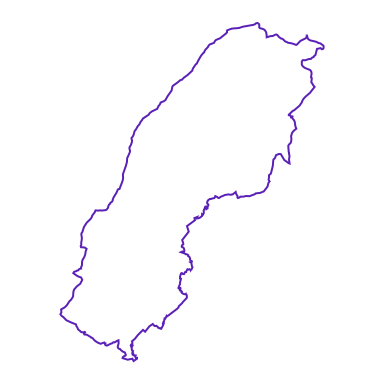 Vatava, Mures, Romania
{"feature_id": "2599482B44944488682244", "entity_name": "Vatava", "entity_type": "district", "adm_level": 2, "iso_a3": "ROU", "parent_name": "Romania", "parent_adm1": "Mures", "projection": "albers", "projection_center": [24.826, 47.007], "detail": "fine", "context": "isolated", "style": "outline", "palette": "violet", "viewbox_px": 384, "rotation_deg": 0, "n_neighbors": 0, "source": "geoboundaries", "source_scale": "gbopen_adm2", "svg_char_len": 5944}
<svg xmlns="http://www.w3.org/2000/svg" viewBox="0 0 384 384"><path d="M137.0,358.7L137.0,357.8L135.9,357.9L135.6,357.5L135.2,356.4L135.6,355.5L133.7,355.4L133.0,354.9L133.5,354.4L133.3,353.9L132.3,353.6L132.4,352.5L133.0,352.0L132.4,350.9L132.7,350.7L132.0,350.1L131.7,349.0L131.8,347.8L131.5,347.4L132.2,346.2L131.2,346.4L130.7,345.4L131.1,344.8L132.2,345.3L132.3,344.6L131.8,344.2L132.3,343.6L132.3,342.2L132.0,341.3L134.9,338.8L137.9,335.0L143.0,329.9L145.1,331.7L149.4,326.3L152.8,324.0L154.4,325.9L155.7,326.1L156.3,325.8L157.7,326.8L158.0,327.6L159.1,328.1L160.1,328.1L160.3,328.6L161.2,328.8L163.1,325.3L162.9,323.9L163.8,323.6L163.8,323.1L163.3,323.1L163.2,322.3L164.0,321.3L164.6,318.4L165.3,318.6L166.6,315.9L167.0,316.4L168.6,315.3L177.4,308.6L178.6,307.2L178.8,306.2L182.1,303.2L182.7,302.2L186.7,298.0L186.9,297.0L186.7,295.0L185.9,294.4L185.8,293.8L185.0,294.2L184.2,294.2L182.3,293.3L181.5,292.3L181.9,291.9L181.8,291.5L181.0,290.7L180.0,290.5L179.7,289.9L180.5,288.7L180.4,288.0L178.8,288.3L178.4,288.0L180.1,283.7L180.0,282.5L181.0,278.8L180.0,278.5L180.1,276.2L181.0,273.6L181.4,273.1L182.0,273.1L182.6,273.9L184.0,274.1L185.1,272.1L186.1,272.0L186.1,271.6L187.4,269.3L188.2,269.7L189.3,269.2L190.3,269.7L190.5,270.1L190.6,269.8L191.4,269.6L192.5,267.2L191.9,266.2L191.4,262.9L190.4,262.2L191.8,261.7L191.9,261.3L190.5,260.5L190.0,259.4L190.1,258.5L189.5,257.0L188.1,256.0L188.2,255.1L186.7,254.2L185.9,254.3L184.6,253.4L183.2,253.0L182.4,252.4L181.7,252.5L180.9,252.2L182.4,251.5L184.0,251.7L184.3,251.2L184.4,250.5L183.9,248.4L183.3,247.5L182.1,247.2L181.7,246.6L182.0,245.3L183.3,244.3L183.2,243.1L182.2,240.0L188.7,231.7L187.0,226.1L195.0,220.2L194.4,218.1L197.2,217.0L196.8,217.8L196.9,218.5L198.6,218.2L199.9,217.7L202.0,216.0L202.1,214.0L203.1,214.5L203.8,212.9L203.7,210.6L205.3,206.6L206.0,206.5L206.4,209.1L207.5,208.4L207.4,207.4L208.2,205.6L208.4,204.6L207.1,203.3L207.4,201.2L207.9,200.8L208.3,200.0L209.8,199.0L211.1,199.0L212.0,198.5L214.3,198.1L214.9,197.3L215.3,196.1L217.0,196.9L218.2,197.9L219.0,198.0L220.7,196.8L225.0,195.0L228.3,194.4L230.9,194.8L231.9,194.4L232.5,194.5L235.7,192.0L236.0,193.6L237.5,196.1L237.4,197.3L237.8,198.0L239.4,197.6L240.3,196.7L243.7,196.6L245.9,196.0L249.5,196.2L254.8,194.2L255.7,193.4L260.1,192.9L263.8,191.4L267.5,186.6L268.4,183.0L269.6,181.4L268.6,179.8L269.0,177.5L269.0,175.2L270.7,173.8L271.0,173.2L272.8,165.9L273.3,160.0L273.6,159.3L274.8,158.3L276.1,155.1L278.9,154.0L280.8,154.1L284.3,160.0L288.7,163.2L289.6,163.5L289.0,159.7L289.5,156.1L289.0,153.6L289.0,152.6L288.6,151.4L288.6,149.5L288.4,148.6L288.3,145.7L289.1,144.4L290.5,143.1L291.1,141.7L291.4,139.3L291.1,136.2L292.0,133.0L293.6,130.9L296.3,128.7L295.4,126.3L294.7,121.6L293.8,119.9L292.2,118.1L292.1,117.7L292.5,116.5L292.1,116.4L291.0,117.2L290.4,115.6L290.0,115.2L288.8,115.2L288.8,114.7L292.6,111.0L294.2,110.2L299.4,105.8L301.5,102.9L302.7,100.1L303.9,98.4L305.4,96.8L309.9,92.9L314.6,86.9L312.8,84.7L312.4,83.6L311.3,82.3L311.8,78.6L311.7,77.9L311.1,77.5L311.0,77.1L311.6,73.6L311.2,71.4L310.1,70.0L305.3,68.1L303.6,67.0L302.2,65.5L301.8,64.6L301.8,61.6L302.5,60.4L303.0,60.1L305.2,60.3L308.9,59.0L310.9,58.9L312.3,57.5L313.5,57.1L314.5,55.6L315.2,55.3L315.5,54.8L317.0,48.9L320.6,48.1L321.7,49.2L322.8,49.1L323.4,48.5L323.6,47.8L323.6,46.1L323.1,45.4L320.4,43.4L318.5,43.0L316.3,41.8L310.0,40.3L308.6,39.4L307.7,38.4L306.8,34.7L306.6,37.0L305.7,38.3L300.4,40.9L297.0,44.5L296.2,44.9L291.9,43.4L287.9,42.7L286.8,42.0L285.3,41.5L282.6,38.9L281.0,38.5L278.7,36.8L278.1,35.8L276.8,34.6L275.5,34.6L272.7,36.0L270.6,36.1L266.7,37.3L266.6,34.9L266.2,32.5L265.7,31.4L264.4,29.7L262.7,28.9L259.7,28.1L259.2,27.0L259.3,25.1L259.1,24.2L257.6,23.0L256.1,23.2L255.0,24.2L253.6,24.8L242.9,26.7L238.9,28.0L231.8,28.6L227.2,30.3L227.0,31.0L227.0,32.4L226.1,33.4L220.0,38.3L216.1,39.9L215.2,40.7L213.9,42.9L210.1,44.3L209.2,45.0L208.3,46.1L207.9,47.1L205.4,49.7L204.3,51.6L204.2,52.3L202.7,53.6L200.8,56.1L197.8,61.4L196.8,63.6L195.7,64.4L192.8,68.7L192.3,70.6L187.6,75.0L184.1,77.5L181.8,79.8L180.4,80.1L177.4,82.6L172.9,85.8L172.3,86.9L171.6,90.5L167.4,96.5L165.5,100.0L163.9,101.2L160.6,102.5L160.4,103.4L159.3,105.2L158.3,106.3L157.3,108.8L151.9,111.4L149.6,113.2L148.8,114.6L142.9,118.6L141.8,120.4L140.7,121.7L139.3,124.5L137.8,126.1L135.9,129.5L134.6,131.1L133.6,134.8L132.9,136.3L131.5,138.1L131.5,138.9L132.1,140.5L131.8,142.3L130.9,145.0L129.5,147.3L129.5,149.1L129.9,150.3L130.0,151.5L129.3,153.6L127.2,158.1L126.9,162.2L125.8,166.1L122.9,174.3L123.1,178.4L122.6,180.8L119.5,189.0L118.2,189.2L117.6,190.1L116.5,192.7L113.7,197.2L112.8,199.4L112.6,200.7L111.9,201.8L110.4,202.8L110.2,203.6L109.0,204.7L108.5,205.7L108.0,207.8L106.8,209.4L105.9,210.1L101.3,210.6L100.3,210.3L98.6,210.6L95.5,210.4L94.8,212.2L92.2,215.6L91.8,217.0L90.8,218.7L86.7,222.7L83.9,227.1L82.4,232.0L81.5,233.3L81.3,234.2L81.9,238.1L81.6,240.8L81.2,242.4L81.3,244.9L80.7,246.1L81.0,247.2L84.7,247.5L86.6,248.9L85.7,251.2L85.2,254.5L84.4,256.8L82.5,260.0L82.0,262.0L82.0,265.1L80.9,267.8L81.1,268.5L79.2,269.1L78.3,270.3L77.1,270.5L76.5,271.1L74.1,271.8L73.3,273.1L76.1,275.2L78.7,276.7L81.0,277.4L82.2,279.6L82.1,280.2L80.2,283.8L76.8,286.4L74.0,289.7L73.4,291.8L73.1,296.1L72.6,297.4L71.0,299.8L69.3,301.4L66.9,305.2L64.7,307.4L61.1,309.4L61.4,312.3L60.4,314.3L61.8,316.1L63.3,317.0L66.3,320.2L72.1,322.9L75.9,324.3L76.5,326.3L77.2,327.2L78.2,329.5L80.4,331.2L80.6,331.7L81.7,332.2L84.6,332.3L84.7,332.0L85.0,332.1L85.1,332.3L83.8,333.4L84.4,334.5L86.8,334.7L90.8,337.1L91.0,337.5L92.3,337.9L94.9,340.7L97.5,342.5L100.6,343.8L104.2,342.5L104.7,343.3L105.4,343.4L105.1,344.3L105.5,345.2L107.0,345.6L111.0,343.6L112.0,343.4L113.3,342.3L114.6,342.4L117.5,340.6L118.5,340.3L118.6,343.4L117.7,346.7L117.9,347.6L118.6,348.6L120.1,349.1L121.0,350.2L122.8,351.6L124.9,352.5L125.8,354.9L125.5,355.6L123.5,356.5L122.8,357.3L122.6,358.1L127.7,359.7L132.4,358.7L133.6,361.0L137.0,358.7Z" fill="none" stroke="#5b21b6" stroke-width="2"/></svg>